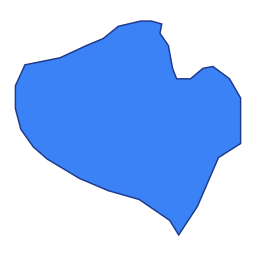 the Statistical Region of Kičevo
{"feature_id": "MKD-2954", "entity_name": "Kičevo", "entity_type": "Statistical Region", "adm_level": 1, "iso_a3": "MKD", "parent_name": "North Macedonia", "parent_adm1": "", "projection": "natural_earth1", "projection_center": [20.955, 41.51], "detail": "fine", "context": "isolated", "style": "filled", "palette": "blue", "viewbox_px": 256, "rotation_deg": 0, "n_neighbors": 0, "source": "natural_earth", "source_scale": "10m", "svg_char_len": 498}
<svg xmlns="http://www.w3.org/2000/svg" viewBox="0 0 256 256"><path d="M161.7,24.0L160.0,33.4L168.4,45.6L172.5,68.3L176.6,78.8L190.5,78.8L203.0,68.3L212.9,66.5L229.5,78.8L240.6,98.0L240.6,119.0L240.6,143.5L218.5,157.5L197.4,206.4L178.7,234.9L169.7,220.4L139.2,199.5L108.4,190.7L79.4,178.4L47.4,159.2L33.4,147.0L20.9,129.4L15.4,108.5L15.4,98.9L15.4,85.8L25.0,64.8L59.9,57.8L86.3,45.6L103.1,38.6L118.3,26.3L140.5,21.1L151.6,21.1L161.7,24.0Z" fill="#3b82f6" stroke="#1e3a8a" stroke-width="1.5"/></svg>